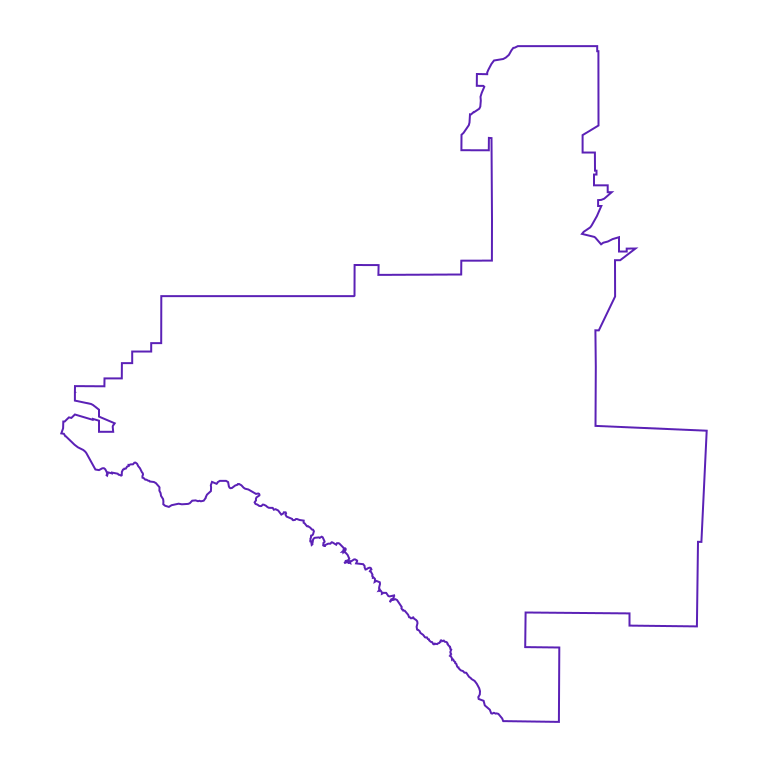 the district of Mundaring, Western Australia, Australia
{"feature_id": "25037944B64529810539086", "entity_name": "Mundaring", "entity_type": "district", "adm_level": 2, "iso_a3": "AUS", "parent_name": "Australia", "parent_adm1": "Western Australia", "projection": "mercator", "projection_center": [116.171, -31.885], "detail": "fine", "context": "isolated", "style": "outline", "palette": "violet", "viewbox_px": 768, "rotation_deg": 0, "n_neighbors": 0, "source": "geoboundaries", "source_scale": "gbopen_adm2", "svg_char_len": 6076}
<svg xmlns="http://www.w3.org/2000/svg" viewBox="0 0 768 768"><path d="M503.2,721.1L558.9,721.9L559.3,647.5L525.2,647.1L525.6,612.5L629.5,613.4L629.5,625.6L696.9,626.4L698.0,541.8L701.4,541.9L706.7,430.7L595.5,425.9L595.8,367.0L595.4,330.3L598.8,330.4L615.1,296.5L615.0,260.2L620.2,260.2L635.5,248.5L626.7,248.6L626.7,251.5L619.0,251.5L619.0,237.2L612.6,239.1L607.9,241.5L603.3,242.7L601.1,244.3L595.3,237.6L594.3,236.9L582.0,233.9L583.7,231.8L590.2,227.4L591.6,225.5L596.9,216.1L601.3,206.0L598.1,206.0L598.1,200.1L601.2,199.9L604.2,198.7L611.7,192.2L607.7,192.2L607.7,185.3L594.0,185.3L594.0,174.5L596.5,174.5L596.5,170.7L595.0,170.7L594.9,152.5L582.6,152.5L582.6,135.1L598.5,125.5L598.4,51.2L597.2,51.2L597.2,46.1L517.9,46.1L514.7,47.7L513.3,47.9L511.4,50.4L508.9,54.9L505.8,57.6L503.2,59.0L494.0,60.5L491.4,64.0L488.4,69.7L487.2,72.5L487.2,74.2L476.9,74.0L476.8,85.8L483.4,85.9L484.3,86.8L481.7,92.9L480.5,96.8L480.8,100.7L480.3,106.6L479.3,108.7L473.9,112.3L473.6,112.1L471.1,114.4L470.0,114.3L469.5,122.5L468.8,125.2L463.6,132.8L461.5,134.8L461.4,150.2L488.8,150.3L488.9,137.9L491.5,138.1L492.0,219.7L491.9,260.6L461.3,260.7L461.2,274.5L378.4,274.9L378.6,265.1L354.6,265.0L354.5,295.7L354.0,296.1L161.3,296.1L161.2,343.1L151.2,343.1L151.2,351.5L132.2,351.5L132.2,363.1L121.9,363.1L121.8,378.4L104.5,378.4L104.4,386.3L75.0,386.1L74.9,392.0L75.2,392.3L74.9,392.6L74.9,400.6L91.1,404.0L93.0,405.0L99.0,409.7L99.0,416.6L114.7,423.3L112.9,425.8L112.7,426.8L113.2,431.8L99.0,431.8L99.0,420.7L92.8,418.9L92.7,419.8L74.9,414.5L71.4,417.9L68.9,417.4L64.7,421.5L63.3,421.5L63.1,428.3L61.3,433.4L63.9,433.8L65.3,436.2L65.7,436.2L74.5,444.7L77.9,447.3L83.3,450.0L85.2,451.6L86.3,453.0L95.4,469.5L99.0,470.1L102.3,468.3L103.9,468.2L105.2,469.2L106.7,472.0L107.2,474.0L106.6,475.2L107.1,475.6L108.1,472.4L112.0,473.4L112.0,472.6L117.7,473.7L118.6,474.7L119.5,474.8L121.1,475.6L121.7,475.3L121.9,471.8L123.0,469.6L124.2,469.1L124.3,468.7L125.8,468.6L127.1,466.6L128.8,465.9L128.6,464.9L129.5,464.9L130.5,464.4L133.0,464.3L134.4,462.7L135.5,462.6L137.1,463.8L138.2,466.1L140.0,468.3L141.9,472.2L142.8,473.3L143.0,474.7L142.4,476.1L142.5,477.7L143.7,478.1L145.3,479.7L146.5,479.7L148.2,480.7L149.4,480.9L149.8,481.5L153.9,482.0L155.9,483.1L159.2,486.9L159.5,487.4L159.4,490.7L160.6,493.1L161.0,495.8L163.1,499.1L163.4,501.3L163.3,504.3L165.2,505.8L168.9,506.9L171.6,505.2L178.6,503.7L181.8,504.3L188.1,503.9L189.8,503.2L192.2,500.7L195.6,500.4L198.0,501.2L199.5,500.8L200.9,501.3L203.7,500.7L205.8,497.8L205.7,497.3L207.0,494.6L210.9,491.1L211.1,487.4L210.8,485.3L212.0,481.9L216.6,483.8L217.1,483.4L217.7,482.2L219.8,480.9L226.1,480.9L228.1,482.1L228.9,486.5L229.6,487.7L230.4,488.2L231.9,488.0L235.2,485.5L237.6,484.7L237.8,484.1L239.1,484.0L241.4,485.3L243.6,487.7L245.1,488.7L248.4,489.5L256.0,493.9L258.3,493.5L259.0,493.8L259.4,494.4L259.4,495.4L256.5,497.4L255.9,498.8L256.0,500.4L254.6,502.3L255.4,503.8L255.9,504.1L257.4,504.6L259.2,505.9L260.5,506.1L261.4,506.0L262.8,504.6L263.8,504.7L265.9,505.7L267.5,507.1L268.9,507.8L272.7,507.9L273.8,509.7L275.6,509.2L278.2,510.5L281.3,514.6L283.4,513.4L283.8,512.3L285.6,512.3L286.1,513.4L285.5,514.7L286.6,516.6L292.1,518.9L292.5,519.8L293.1,520.2L295.0,519.9L295.8,519.1L296.9,519.0L299.6,520.0L303.7,520.6L303.6,522.7L304.6,523.3L306.9,526.2L308.1,526.5L308.2,526.3L310.3,527.7L311.9,529.5L313.0,529.7L313.9,531.2L313.1,534.2L312.3,535.3L311.1,535.6L310.9,537.7L310.4,538.8L310.6,540.9L309.5,541.3L311.1,541.4L311.7,544.9L312.3,544.4L311.7,543.4L311.9,543.1L312.3,543.6L312.5,543.1L313.1,539.5L314.0,538.3L314.8,537.8L318.9,537.4L319.7,537.9L321.7,536.7L322.7,537.3L324.6,541.5L324.3,542.3L323.5,542.8L323.2,545.4L324.3,546.0L324.9,546.0L324.9,545.2L328.1,543.7L330.4,543.7L331.6,542.3L332.4,542.4L336.2,544.7L337.0,543.2L338.5,543.2L339.4,543.6L344.1,548.4L345.1,548.3L345.6,548.7L345.7,549.7L345.3,550.4L343.6,549.6L343.4,550.7L342.4,551.7L343.4,551.6L343.4,552.4L344.0,551.9L345.6,552.7L347.6,554.9L349.3,558.7L348.3,559.9L348.6,561.1L347.3,560.6L345.7,560.9L345.5,561.7L344.3,563.2L347.4,561.9L348.5,563.0L349.8,562.8L350.3,563.1L350.0,561.1L351.5,561.1L354.1,559.4L355.1,559.4L356.9,560.4L357.2,560.9L356.1,563.4L363.2,564.2L364.6,566.0L364.6,567.4L365.5,569.5L366.7,569.2L367.4,568.5L369.3,567.7L370.3,567.8L371.0,568.3L371.4,569.5L370.6,570.0L369.9,571.3L371.0,571.9L372.5,574.7L372.3,575.9L371.5,576.2L372.5,576.2L373.0,576.9L372.9,577.8L373.7,577.6L374.9,578.8L375.0,580.5L374.7,581.9L376.4,580.9L379.8,582.3L380.0,584.0L379.1,587.5L379.5,589.0L379.2,589.1L379.4,589.6L378.8,590.6L379.7,590.3L379.7,590.8L380.5,590.5L381.2,591.3L382.0,592.8L381.9,593.8L382.5,593.5L382.6,592.8L386.2,592.9L388.4,596.1L389.7,596.4L394.1,595.4L394.2,595.9L393.8,596.3L393.7,597.7L392.4,599.1L391.4,599.2L390.3,600.9L389.9,602.2L391.6,599.9L392.8,600.0L395.4,599.2L397.0,600.0L401.7,607.0L401.4,608.2L402.1,609.5L403.0,609.8L403.2,610.6L404.7,610.7L408.1,614.7L409.1,617.2L409.9,617.3L410.9,618.3L412.1,618.2L412.5,617.6L413.3,617.4L413.9,618.5L416.1,620.0L417.2,621.3L417.5,623.2L416.6,626.8L417.1,629.5L417.5,629.9L418.2,629.9L419.6,631.1L420.4,632.9L423.2,634.9L424.9,637.2L425.6,637.5L426.9,637.4L427.8,639.0L429.0,639.4L429.1,640.3L430.8,641.8L432.2,642.2L433.1,643.9L433.7,644.3L434.4,644.2L434.3,643.8L434.6,643.6L437.2,644.1L438.1,643.3L439.4,642.9L439.9,642.0L440.5,641.9L440.7,640.5L441.1,640.3L442.7,641.1L443.8,640.6L444.7,641.7L446.0,641.9L447.2,642.6L447.4,643.9L447.9,644.1L448.3,645.3L450.0,646.7L449.9,647.6L450.4,648.0L450.5,649.2L451.2,649.6L450.3,652.1L451.1,654.0L450.6,654.3L450.7,655.2L450.0,655.9L451.1,656.7L451.8,657.9L452.0,659.4L452.4,659.0L452.8,659.2L453.4,659.8L453.5,660.6L455.2,662.1L455.1,662.9L456.3,663.9L457.2,666.6L457.9,667.3L458.5,667.4L458.7,668.3L460.7,670.3L463.0,671.1L464.4,672.6L466.3,672.8L469.0,676.8L470.8,678.1L471.5,679.0L474.6,680.9L476.8,683.8L479.2,688.3L480.0,691.2L479.8,694.5L478.3,697.1L478.7,699.0L483.6,700.8L484.8,705.4L489.8,709.7L491.2,713.3L492.2,713.6L493.9,712.8L495.6,713.6L496.6,713.4L498.4,713.9L502.2,718.5L503.2,721.1Z" fill="none" stroke="#5b21b6" stroke-width="2"/></svg>